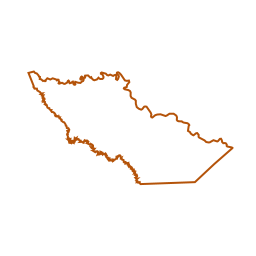 the district of Puerto Guzmán, Putumayo, Colombia, rotated 8°
{"feature_id": "7082276B85477944676343", "entity_name": "Puerto Guzmán", "entity_type": "district", "adm_level": 2, "iso_a3": "COL", "parent_name": "Colombia", "parent_adm1": "Putumayo", "projection": "albers", "projection_center": [-76.142, 0.756], "detail": "fine", "context": "isolated", "style": "outline", "palette": "amber", "viewbox_px": 256, "rotation_deg": 8, "n_neighbors": 0, "source": "geoboundaries", "source_scale": "gbopen_adm2", "svg_char_len": 5773}
<svg xmlns="http://www.w3.org/2000/svg" viewBox="0 0 256 256"><g transform="rotate(8 128 128)"><path d="M26.9,85.2L21.8,87.3L28.9,99.8L28.6,100.5L29.7,101.7L30.3,101.7L30.3,102.0L32.3,101.7L32.9,103.4L35.9,104.7L36.7,105.7L37.1,105.7L37.0,106.1L37.7,105.9L37.1,106.5L37.9,106.5L38.0,107.3L38.5,107.1L38.4,107.6L38.9,107.5L39.0,108.6L39.4,108.3L39.3,108.6L39.7,108.7L39.9,109.8L40.5,110.1L39.9,110.5L40.3,110.7L39.9,111.0L40.0,112.0L40.7,112.0L40.3,112.5L40.9,112.4L40.7,113.0L41.1,112.7L41.6,114.1L42.1,114.0L42.1,114.5L43.1,115.6L42.6,116.1L43.9,116.5L43.7,116.8L44.7,117.3L45.3,118.9L46.3,119.4L47.3,119.3L47.6,120.2L48.6,120.9L49.6,120.9L49.3,121.6L50.4,122.8L51.7,122.7L52.8,123.2L53.1,123.8L53.4,123.7L54.2,124.6L54.4,125.3L54.1,125.8L54.6,126.4L55.8,126.5L55.9,126.1L56.4,126.4L56.7,126.1L57.8,126.6L57.9,126.3L58.7,127.7L59.0,127.5L58.9,128.0L60.1,128.4L60.5,129.1L61.1,129.1L61.1,130.1L63.1,131.2L64.1,131.3L65.8,133.3L66.0,134.3L66.9,134.7L67.4,136.5L69.2,136.7L70.1,138.0L69.8,138.7L69.5,138.1L69.4,138.8L68.9,139.0L69.8,139.9L69.6,140.4L68.8,140.2L69.3,141.1L68.6,142.4L69.2,142.8L68.8,143.4L69.7,144.6L69.8,147.4L70.8,147.8L71.0,148.1L70.5,148.1L71.0,148.4L71.3,147.7L70.8,146.4L71.3,146.5L71.6,147.5L72.5,147.0L72.5,148.4L73.1,149.1L71.5,149.7L71.9,150.8L72.9,150.8L73.2,149.9L74.2,150.9L74.7,150.4L73.6,149.6L73.8,149.4L76.4,150.4L76.4,149.9L74.5,148.5L74.9,148.4L76.6,149.3L77.1,149.1L77.2,148.3L76.2,148.2L76.6,147.3L76.6,145.7L77.0,146.1L77.4,145.7L77.5,146.1L78.2,145.4L78.0,146.4L78.6,146.7L79.2,145.8L79.9,146.3L80.6,145.9L81.5,147.1L82.9,147.1L83.1,148.1L82.8,148.4L84.3,148.1L85.9,148.9L86.1,148.8L85.8,148.5L86.7,146.3L87.3,146.7L87.1,147.4L88.2,146.2L89.0,146.6L88.4,146.8L88.5,147.0L89.4,147.2L90.0,146.8L89.7,146.6L89.8,146.4L90.6,147.0L90.9,146.3L90.5,147.9L89.9,147.5L89.6,148.3L90.0,148.5L89.6,148.8L92.1,149.6L92.9,149.3L93.2,149.6L92.5,149.8L92.7,150.0L93.9,149.6L93.8,149.1L95.1,149.6L95.1,150.1L95.8,150.4L95.9,150.9L95.4,151.2L95.0,151.0L95.5,151.5L95.1,152.0L94.0,152.1L94.9,153.0L95.5,152.9L96.0,153.2L96.3,153.0L95.8,152.6L96.6,152.7L96.6,153.8L97.6,153.5L96.8,154.9L97.3,155.4L96.7,155.5L98.9,156.5L99.5,155.6L100.2,155.5L100.7,155.9L101.1,155.4L101.5,155.6L101.7,156.7L102.7,157.0L101.8,157.5L101.6,158.5L102.2,158.1L102.8,158.4L103.7,158.0L104.0,156.9L103.9,155.3L105.2,155.6L105.5,157.0L106.0,156.7L106.0,157.4L106.6,157.9L106.8,157.5L106.4,157.2L106.4,156.5L107.9,157.1L108.5,156.8L108.8,157.5L109.2,157.5L109.5,156.6L109.9,157.0L109.3,157.6L110.1,157.9L110.0,158.8L110.4,159.0L110.5,158.4L110.9,158.5L110.6,159.8L111.9,160.7L111.9,160.3L112.9,160.1L113.3,160.6L113.5,161.3L113.0,161.7L113.4,161.9L113.8,161.5L113.8,162.4L113.2,162.4L113.8,163.0L115.1,162.6L114.4,162.1L115.3,161.7L115.5,162.2L116.4,162.3L117.3,163.0L117.6,162.2L118.2,162.4L118.4,161.8L118.0,161.3L119.2,161.3L120.4,160.3L120.8,159.8L120.7,158.9L121.4,159.3L121.4,158.7L121.0,158.5L121.4,157.4L122.4,157.6L123.0,156.3L123.8,156.2L124.3,156.8L124.4,156.2L125.1,159.0L125.6,158.6L125.4,159.3L126.1,159.3L126.6,160.2L128.0,160.3L128.7,162.4L130.0,163.0L130.1,162.7L129.4,162.4L130.1,162.0L131.3,162.6L131.0,163.4L133.0,162.6L132.9,163.3L133.4,163.8L133.1,164.3L133.6,164.4L133.6,164.9L133.9,164.8L134.1,165.4L134.4,164.8L134.8,165.8L135.6,165.6L136.6,166.5L136.5,167.0L136.0,166.9L136.8,167.6L136.6,168.0L137.5,168.3L137.7,167.2L139.2,169.0L139.6,168.7L139.7,169.3L139.3,169.6L140.3,169.8L139.6,170.4L140.4,170.7L140.4,171.3L140.9,171.2L140.6,171.9L141.2,171.6L141.7,172.2L141.6,173.1L142.2,173.1L141.7,173.7L142.6,174.0L143.3,173.6L143.7,174.1L143.7,174.5L142.9,174.6L143.1,175.9L142.3,176.3L143.5,177.2L144.4,176.9L143.6,177.9L144.1,178.8L143.7,179.1L144.3,179.4L143.8,179.7L144.3,179.6L144.2,180.3L144.6,180.1L144.6,180.5L145.2,180.7L147.0,180.0L147.1,181.0L147.8,181.2L148.2,181.8L201.8,172.3L218.5,151.6L234.2,133.4L234.2,133.1L233.4,132.8L228.8,132.5L228.2,132.0L228.1,130.7L227.1,129.6L226.0,129.4L224.5,129.8L223.2,128.8L222.6,127.1L221.6,125.7L220.5,126.0L218.9,128.5L218.2,128.9L214.3,128.2L211.0,130.8L209.8,131.1L207.4,131.0L205.5,129.6L199.7,127.5L199.1,126.9L198.9,124.9L197.2,123.4L196.2,123.7L193.9,126.1L193.0,125.9L190.8,124.7L190.1,123.5L187.8,122.5L187.8,117.6L188.3,116.6L187.9,116.0L186.3,115.0L182.6,114.9L181.1,114.5L180.3,113.9L177.3,114.3L176.0,114.0L175.2,113.2L175.0,110.5L174.1,109.0L171.2,107.5L167.1,108.1L164.6,110.3L163.5,110.9L158.3,109.9L155.1,110.6L153.2,111.5L150.7,114.2L149.7,114.1L149.1,113.1L149.3,111.5L148.4,109.7L143.4,104.3L141.9,104.3L141.0,104.7L139.5,107.3L138.5,108.0L136.0,107.4L133.8,106.1L132.4,103.0L131.9,99.8L130.9,98.9L127.3,97.6L126.1,95.9L125.7,92.4L124.8,91.1L123.1,90.4L119.3,90.1L118.4,89.5L118.6,88.7L121.0,87.6L121.1,85.4L122.9,82.4L122.3,80.9L120.3,81.5L118.3,81.3L113.7,76.2L111.8,74.7L110.4,74.2L109.4,74.7L109.3,75.5L110.0,76.4L111.3,77.1L111.8,78.4L111.3,80.9L110.6,81.9L109.3,81.3L109.2,78.2L108.4,77.2L107.2,77.5L106.0,78.5L102.9,77.6L101.2,78.7L100.0,78.5L98.5,77.3L94.2,76.7L93.5,77.3L93.6,78.1L95.4,78.7L96.7,80.9L96.6,82.0L95.8,83.0L93.8,83.3L92.8,83.1L91.8,82.3L90.4,84.3L88.0,85.4L87.0,85.2L85.2,83.9L84.5,82.8L83.7,83.4L81.1,81.5L78.2,82.1L78.0,82.8L78.5,83.7L78.3,84.3L76.7,84.9L75.6,83.7L74.9,83.5L74.4,84.0L73.9,85.7L74.1,86.4L74.7,86.6L75.8,85.5L76.7,85.5L77.4,86.4L77.0,87.7L76.0,88.3L74.6,90.0L72.1,90.1L69.3,89.6L69.0,90.5L69.8,92.0L69.4,92.6L68.6,92.6L67.8,91.9L67.0,89.7L66.5,89.9L65.7,91.1L64.1,91.8L63.6,91.4L63.3,90.0L62.5,89.3L61.9,89.8L61.4,91.5L59.3,93.1L58.6,93.2L56.4,92.4L53.6,93.7L53.0,93.3L53.7,91.9L52.9,91.2L52.5,89.9L51.8,89.8L50.9,90.7L50.0,89.9L46.5,89.3L44.3,90.8L41.2,90.0L39.9,92.0L39.8,93.0L39.3,93.2L38.4,92.8L37.3,93.3L35.3,91.9L33.8,91.8L33.7,89.7L32.7,89.5L32.2,88.5L30.1,86.7L28.3,86.4L26.9,85.2Z" fill="none" stroke="#b45309" stroke-width="2"/></g></svg>